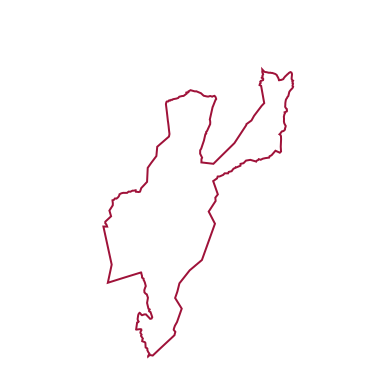 San Pedro Yólox, Oaxaca, Mexico, rotated 129°
{"feature_id": "50627088B72857929958345", "entity_name": "San Pedro Yólox", "entity_type": "district", "adm_level": 2, "iso_a3": "MEX", "parent_name": "Mexico", "parent_adm1": "Oaxaca", "projection": "orthographic", "projection_center": [-96.522, 17.634], "detail": "fine", "context": "isolated", "style": "outline", "palette": "rose", "viewbox_px": 384, "rotation_deg": 129, "n_neighbors": 0, "source": "geoboundaries", "source_scale": "gbopen_adm2", "svg_char_len": 4715}
<svg xmlns="http://www.w3.org/2000/svg" viewBox="0 0 384 384"><g transform="rotate(129 192 192)"><path d="M170.2,182.4L165.6,181.1L163.8,181.8L162.5,180.3L159.0,178.5L157.0,178.4L155.8,177.0L154.8,175.7L153.3,176.1L150.9,174.3L149.6,174.4L147.7,174.4L146.2,173.6L145.3,173.6L145.3,173.2L141.1,170.9L139.6,172.0L137.2,170.1L133.6,169.8L130.3,166.9L128.2,161.9L128.0,161.3L127.2,161.5L125.4,160.7L124.5,160.8L123.7,158.9L121.5,157.9L119.5,156.3L116.7,153.7L115.4,154.2L113.4,153.3L107.4,153.1L106.2,148.5L104.5,148.3L101.0,151.5L94.9,156.0L92.5,158.1L92.4,158.4L92.2,158.9L92.1,159.4L91.9,159.7L92.0,160.3L91.3,160.2L91.1,160.0L90.2,160.3L89.1,160.3L88.5,160.2L88.1,160.2L87.5,159.6L87.0,159.3L85.7,159.0L84.9,159.1L84.6,159.4L84.3,159.5L83.9,159.8L83.3,160.0L82.7,160.2L82.3,160.4L81.7,160.7L81.4,161.5L80.6,163.4L79.5,164.8L78.2,165.8L76.8,166.9L75.7,168.0L74.8,168.4L74.1,168.8L73.9,168.9L73.0,169.2L72.3,169.3L71.8,170.2L70.5,169.5L69.9,169.1L69.2,169.2L68.8,169.7L68.4,170.1L67.9,170.4L67.9,171.1L67.6,172.2L67.2,173.2L66.6,173.6L65.2,174.6L64.2,175.4L62.5,176.4L62.1,176.6L61.2,177.1L59.9,177.3L59.3,177.3L58.6,177.5L58.1,177.6L57.7,177.6L57.0,177.5L55.6,178.1L53.8,179.0L52.9,179.4L52.0,179.5L51.0,179.5L50.4,179.5L48.3,179.3L47.5,179.4L46.5,179.7L46.3,180.7L44.3,181.6L44.2,182.4L43.5,182.8L43.1,182.9L42.8,183.7L41.9,183.6L41.8,185.2L41.0,186.1L39.8,186.9L38.7,187.6L37.4,188.5L36.6,189.9L36.9,191.0L38.4,191.6L39.6,191.7L40.9,192.0L41.6,192.0L43.5,192.3L44.4,192.3L45.1,192.3L45.7,192.3L46.2,192.2L46.7,192.1L47.3,192.3L47.7,192.6L48.6,193.1L49.0,193.5L49.5,194.0L49.9,194.2L50.1,194.4L50.4,194.8L49.7,195.6L49.3,196.4L48.8,197.2L48.6,198.0L48.3,198.6L48.2,198.9L47.8,199.6L47.8,200.8L47.9,201.7L48.3,202.8L49.0,204.6L49.7,205.5L49.9,206.1L51.0,207.4L52.1,209.7L52.6,210.4L53.0,211.4L52.6,214.4L53.2,213.8L54.2,213.2L55.1,212.2L55.2,211.7L55.7,210.8L56.1,210.6L57.0,210.6L57.4,210.4L57.9,209.8L58.5,209.7L59.2,209.8L59.4,209.6L59.0,208.5L59.3,207.8L60.1,207.3L60.4,207.2L62.4,208.4L63.2,208.4L63.5,207.7L64.3,207.2L64.7,207.5L66.4,206.8L66.0,205.1L77.5,191.8L81.2,192.1L93.7,191.7L99.0,190.8L105.0,192.4L106.1,191.9L127.3,189.8L147.5,192.1L156.6,193.1L163.1,203.3L160.4,205.4L159.0,205.7L157.1,209.8L154.4,211.9L152.6,212.1L144.5,215.1L138.6,218.0L137.8,217.7L137.3,217.9L136.8,218.6L136.4,218.8L135.1,218.7L127.8,220.6L127.7,220.7L126.2,221.8L126.0,222.0L125.4,222.6L125.2,222.8L124.8,223.3L124.6,223.7L112.9,229.5L112.6,229.5L105.6,231.7L105.1,231.6L104.5,231.7L103.6,233.1L103.4,233.4L103.2,234.5L103.1,235.0L104.1,235.8L105.2,236.3L105.7,237.7L106.0,238.3L107.7,239.5L108.5,240.8L108.9,241.6L109.8,243.4L109.8,244.3L109.6,247.2L111.0,252.0L111.6,252.6L112.1,253.3L113.8,257.2L116.2,258.1L116.7,257.6L117.9,258.1L118.0,258.8L118.3,259.0L119.1,258.1L122.6,259.0L123.8,260.2L125.9,261.8L126.5,261.9L127.6,261.9L129.2,262.9L131.3,264.7L132.2,265.3L132.7,265.3L133.6,266.3L134.4,266.3L135.1,266.9L135.0,267.2L135.6,267.6L136.6,267.5L137.0,267.9L137.5,268.5L138.2,268.5L138.9,268.2L140.1,267.6L145.8,261.7L152.2,255.2L152.8,254.5L155.3,251.9L158.4,248.8L161.1,246.0L163.4,244.8L178.7,247.5L186.5,242.3L195.2,242.0L201.1,241.6L212.4,233.3L220.9,233.9L224.4,232.6L225.5,233.3L227.1,235.8L226.1,236.9L227.5,238.0L228.4,239.1L230.5,240.0L231.6,241.5L233.5,241.9L235.0,243.7L235.9,244.9L237.5,246.1L239.4,246.9L240.6,246.3L242.5,246.1L244.6,246.5L245.5,247.8L247.3,247.8L248.5,248.6L250.5,246.5L252.2,245.2L258.4,244.5L261.8,239.6L269.6,240.7L270.8,239.8L271.2,238.0L272.3,236.2L274.6,239.1L299.0,208.7L315.5,200.3L301.5,191.0L286.6,181.0L286.7,180.7L286.8,180.6L286.9,180.3L287.2,180.2L287.4,179.9L288.6,178.1L289.8,177.1L290.0,176.7L289.8,175.1L290.8,174.3L291.1,173.4L292.0,171.7L294.2,168.7L295.9,168.2L298.3,167.3L299.9,165.8L300.2,164.1L300.0,162.7L301.9,159.7L306.5,157.1L310.1,152.4L309.9,151.0L311.5,150.6L311.7,149.7L311.4,148.7L314.3,144.1L315.8,143.8L316.9,144.7L316.1,150.8L317.1,152.0L319.2,153.3L319.3,153.9L318.8,156.1L318.9,156.7L320.0,156.8L321.0,156.5L321.4,156.4L325.0,154.3L325.9,153.1L326.3,151.9L327.1,151.9L328.0,152.5L334.0,148.9L333.9,148.6L331.2,146.0L330.7,145.0L331.3,144.3L332.7,144.1L333.9,143.5L334.2,142.8L334.6,141.4L335.9,141.1L336.9,137.9L338.1,137.6L339.3,136.8L338.4,134.2L338.5,133.5L338.8,133.1L342.0,130.2L341.9,129.3L341.7,128.7L341.9,128.0L343.0,127.2L344.0,125.1L344.5,123.3L347.2,122.8L347.4,122.6L345.3,122.3L344.3,120.5L343.8,119.6L333.4,118.2L314.3,115.5L312.9,116.2L311.2,116.9L310.6,119.5L309.5,120.1L306.7,121.1L302.5,121.8L289.1,126.6L285.0,138.4L278.6,140.7L270.9,144.3L254.3,144.5L238.6,141.5L238.0,141.7L202.2,154.2L196.7,166.7L187.1,167.7L184.1,168.0L181.7,170.3L177.6,170.4L175.0,174.6L170.2,182.4Z" fill="none" stroke="#9f1239" stroke-width="2"/></g></svg>